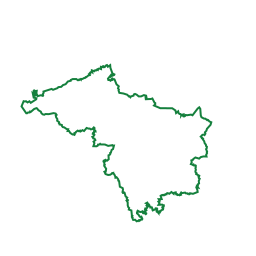 the district of Jilotlán de los Dolores, Jalisco, Mexico, rotated 223°
{"feature_id": "50627088B52890946668880", "entity_name": "Jilotlán de los Dolores", "entity_type": "district", "adm_level": 2, "iso_a3": "MEX", "parent_name": "Mexico", "parent_adm1": "Jalisco", "projection": "orthographic", "projection_center": [-102.935, 19.317], "detail": "fine", "context": "isolated", "style": "outline", "palette": "green", "viewbox_px": 256, "rotation_deg": 223, "n_neighbors": 0, "source": "geoboundaries", "source_scale": "gbopen_adm2", "svg_char_len": 5682}
<svg xmlns="http://www.w3.org/2000/svg" viewBox="0 0 256 256"><g transform="rotate(223 128 128)"><path d="M65.0,66.2L63.9,65.8L64.1,65.4L61.5,64.3L60.3,65.7L58.0,65.7L57.2,67.3L57.8,67.7L56.5,67.5L56.3,68.3L56.8,68.5L56.3,69.1L55.9,68.4L56.2,69.9L55.3,70.6L55.5,71.3L57.8,72.3L58.4,71.3L59.1,71.2L61.3,71.8L63.2,71.7L63.6,72.1L63.3,72.3L63.6,73.1L64.4,73.6L64.5,74.1L62.4,74.6L61.2,75.4L60.6,77.0L59.9,77.0L60.0,76.6L58.9,76.0L57.1,77.2L55.3,77.1L56.6,77.3L56.6,78.0L57.3,77.9L57.8,78.4L59.2,77.9L58.6,80.2L60.1,80.1L60.5,81.0L59.5,81.8L59.9,83.7L61.6,83.9L61.8,85.3L62.5,85.7L63.4,85.4L63.0,86.6L60.9,85.9L60.7,86.3L60.1,86.2L60.0,85.2L59.3,85.1L58.1,85.8L57.4,85.1L56.4,86.2L54.7,85.3L54.1,85.4L54.2,84.8L53.7,84.6L52.6,87.1L53.0,88.1L52.0,88.9L51.4,88.7L51.2,87.5L50.4,87.4L50.4,86.7L49.9,86.4L49.5,86.8L47.9,86.6L48.9,87.5L48.4,88.3L47.6,87.5L47.1,87.7L47.6,90.4L46.8,92.3L47.4,93.2L47.7,92.8L48.9,93.4L48.6,95.5L49.2,95.9L49.6,95.4L50.7,95.3L53.3,92.6L53.8,94.6L55.6,94.9L55.1,96.4L57.0,96.9L54.9,99.0L57.9,100.6L57.6,101.8L56.9,102.8L56.4,102.7L56.2,103.4L55.6,103.6L55.2,104.6L55.5,105.1L54.6,105.8L55.0,106.7L54.6,107.4L52.9,108.1L52.6,110.8L49.6,111.0L50.1,112.1L49.2,113.5L47.5,112.3L46.7,112.6L46.6,113.1L45.9,112.9L45.0,114.1L44.4,114.0L43.7,115.3L44.9,115.9L45.1,117.1L44.2,117.1L42.2,119.7L41.2,119.6L40.1,120.6L39.5,120.5L38.5,121.7L38.0,121.4L37.8,121.8L38.1,122.6L35.6,124.2L33.4,128.7L35.0,130.0L37.6,131.2L37.7,131.5L36.0,132.3L38.3,133.1L37.9,133.9L38.5,134.5L38.2,135.9L40.1,137.5L41.0,139.8L41.9,139.6L43.5,140.7L43.0,141.1L43.3,141.7L46.7,140.8L47.0,141.7L48.2,141.6L49.3,142.4L49.8,143.7L51.3,144.6L51.8,145.8L52.7,146.1L52.9,146.7L53.6,146.5L54.3,145.5L54.9,145.3L55.4,145.8L55.7,145.2L57.4,144.5L58.0,146.4L59.6,147.5L58.8,149.1L59.1,149.8L58.6,152.4L55.1,154.1L54.9,156.4L53.4,158.7L51.1,160.7L52.5,161.6L53.1,163.6L54.0,164.1L54.1,164.7L56.5,165.8L56.5,166.6L57.5,168.1L58.7,168.1L59.8,169.0L61.4,169.1L63.3,170.3L65.3,170.7L65.7,171.4L66.5,171.4L67.0,170.9L67.4,171.4L68.9,171.3L68.9,173.8L68.1,174.8L67.2,175.0L67.5,176.6L68.8,177.3L68.8,179.5L69.7,181.2L69.8,186.6L71.0,189.0L72.9,188.3L74.9,188.5L75.9,188.0L75.8,187.7L77.8,187.6L78.8,186.7L81.6,186.0L83.3,186.8L88.2,191.3L90.0,191.7L90.3,189.7L89.5,181.3L91.0,180.8L93.6,177.5L94.6,177.0L95.0,176.4L94.5,175.7L94.7,174.9L95.4,174.3L96.1,174.4L96.8,175.7L97.8,174.1L97.7,173.5L98.1,174.0L99.2,174.0L99.7,173.5L100.9,173.3L102.7,174.4L103.0,171.7L105.3,173.2L109.1,172.6L117.9,164.5L124.3,162.2L124.3,164.0L125.1,164.8L125.9,164.6L130.3,166.2L130.9,165.0L134.6,161.2L135.8,162.2L135.0,162.7L136.8,164.0L138.8,162.9L140.0,160.0L141.7,158.4L144.3,158.3L146.1,157.7L146.6,156.6L146.0,155.4L147.4,153.1L147.2,152.1L148.6,152.2L148.8,151.7L151.3,151.8L154.9,150.1L158.3,147.8L160.5,149.0L160.9,149.9L162.4,150.2L163.2,152.2L166.2,152.1L170.9,154.3L171.5,154.2L172.0,153.4L172.6,153.5L172.2,152.5L172.4,152.2L173.1,152.3L172.8,151.8L173.1,150.6L174.1,150.7L175.1,149.7L175.8,150.1L176.3,150.4L176.5,153.7L176.1,153.3L175.6,153.5L175.9,154.2L175.3,155.2L175.7,155.6L175.0,155.7L174.3,157.4L174.5,157.9L176.6,157.3L181.9,160.0L183.9,161.8L184.5,159.1L186.3,159.7L186.7,159.0L186.6,156.6L187.0,156.2L188.1,156.5L188.4,156.2L187.9,155.3L189.5,154.3L187.9,152.7L189.6,151.9L190.1,150.9L189.6,149.9L190.5,149.7L190.4,148.6L191.4,147.9L191.3,146.6L193.6,145.6L192.1,144.4L193.0,144.3L192.7,143.8L193.4,143.2L193.4,142.2L192.7,141.8L193.2,140.9L192.1,140.5L192.8,139.6L193.2,136.6L193.7,136.3L193.6,135.1L194.3,134.4L194.7,132.9L195.7,132.0L195.3,131.2L196.1,131.2L196.8,130.2L196.5,129.6L197.3,128.7L199.1,128.6L201.8,126.1L202.6,124.1L202.1,123.5L203.7,121.0L203.5,117.5L204.8,115.1L204.9,112.6L206.8,110.4L206.8,109.0L208.9,104.8L210.5,104.5L214.7,97.0L213.7,96.2L213.4,94.6L212.3,94.0L212.2,93.4L214.1,92.5L215.8,89.7L218.7,90.9L220.1,92.9L220.9,91.8L222.3,91.5L222.3,90.7L221.4,89.8L219.6,90.3L217.6,89.2L218.0,88.3L221.1,88.3L217.7,85.9L215.3,87.3L214.7,86.4L216.3,80.1L218.3,80.3L218.9,78.2L220.9,78.0L221.4,77.1L222.6,76.4L220.6,71.2L212.5,69.4L211.9,69.9L211.7,71.2L210.6,72.2L210.8,73.0L210.3,72.9L210.1,73.3L209.6,77.9L208.5,80.1L207.9,80.3L205.7,79.9L202.9,80.5L201.5,79.8L199.7,79.8L198.3,80.6L197.9,81.9L195.4,84.1L192.6,88.1L190.8,89.2L189.2,88.9L189.4,87.9L187.8,86.8L185.7,86.3L184.8,85.0L182.5,85.3L181.8,84.4L181.2,84.6L180.5,83.9L178.5,85.1L177.7,84.4L176.3,84.2L175.0,85.0L172.1,85.4L170.9,86.3L170.1,84.6L169.1,85.6L166.9,85.0L164.2,85.4L163.6,86.1L162.5,86.4L162.5,86.9L163.7,87.8L163.1,88.9L163.4,89.5L163.0,91.8L161.5,92.2L161.3,93.4L160.3,93.2L159.8,95.4L158.1,95.8L158.3,99.8L156.5,100.6L155.6,101.5L154.3,101.6L153.4,102.8L153.4,105.1L152.4,105.1L151.5,103.5L150.1,103.8L149.4,103.3L150.5,102.5L150.1,101.5L150.2,100.4L149.8,99.7L149.3,99.9L149.2,100.6L148.8,99.9L147.9,100.0L147.6,98.0L148.0,97.2L146.1,96.7L145.3,97.4L143.6,96.9L143.9,94.5L142.3,94.1L140.9,91.1L138.5,93.2L138.1,94.5L138.6,95.4L137.7,96.3L137.6,97.4L136.7,97.4L133.6,100.2L130.3,101.4L127.8,104.7L127.4,104.5L126.3,105.6L124.6,102.4L125.0,100.8L123.8,98.4L124.0,97.5L123.3,97.1L123.1,96.0L123.6,94.7L120.8,92.0L121.0,89.9L121.7,89.6L121.9,88.6L122.8,89.2L123.5,87.5L123.0,86.7L121.7,86.6L120.4,85.1L119.9,85.2L119.6,84.1L116.2,83.3L114.9,81.5L115.1,80.9L114.7,80.7L115.3,79.9L113.0,79.0L110.5,80.1L109.2,81.6L108.7,83.3L108.9,84.1L108.2,85.1L107.8,84.6L106.6,84.8L104.3,83.9L103.3,83.1L102.8,84.2L100.1,83.8L99.2,82.9L98.3,83.1L93.9,79.5L90.9,80.4L89.6,79.5L88.4,77.5L87.5,78.0L87.2,77.3L86.2,78.2L83.2,76.4L81.3,76.5L81.4,76.0L80.1,75.2L78.8,75.2L78.7,74.6L79.3,73.9L77.5,73.4L75.4,71.2L73.8,70.3L72.6,70.3L71.8,68.9L69.3,70.0L65.4,66.6L65.0,66.7L65.0,66.2Z" fill="none" stroke="#15803d" stroke-width="2"/></g></svg>